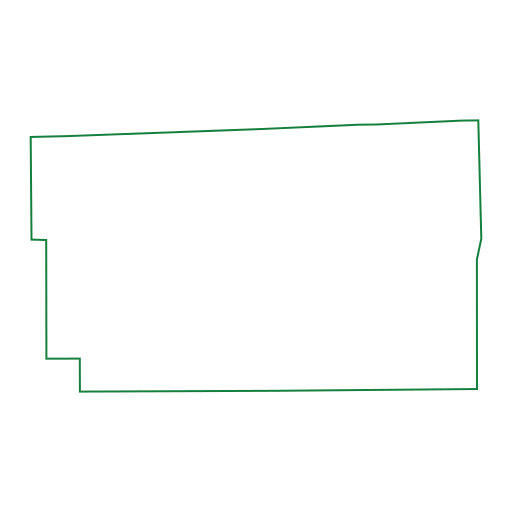 outline of Fulton, Ohio, United States of America
{"feature_id": "52423323B87203223255400", "entity_name": "Fulton", "entity_type": "district", "adm_level": 2, "iso_a3": "USA", "parent_name": "United States of America", "parent_adm1": "Ohio", "projection": "albers", "projection_center": [-84.164, 41.603], "detail": "fine", "context": "isolated", "style": "outline", "palette": "green", "viewbox_px": 512, "rotation_deg": 0, "n_neighbors": 0, "source": "geoboundaries", "source_scale": "gbopen_adm2", "svg_char_len": 357}
<svg xmlns="http://www.w3.org/2000/svg" viewBox="0 0 512 512"><path d="M79.9,391.6L276.3,390.8L477.0,389.0L476.9,259.4L481.3,238.8L478.3,120.4L478.2,120.4L461.6,120.6L376.2,124.5L358.5,124.7L259.3,129.1L64.5,136.2L64.3,136.2L33.3,136.9L30.7,137.0L31.5,239.6L46.2,240.0L46.4,358.7L79.8,358.6L79.9,391.6Z" fill="none" stroke="#15803d" stroke-width="2"/></svg>